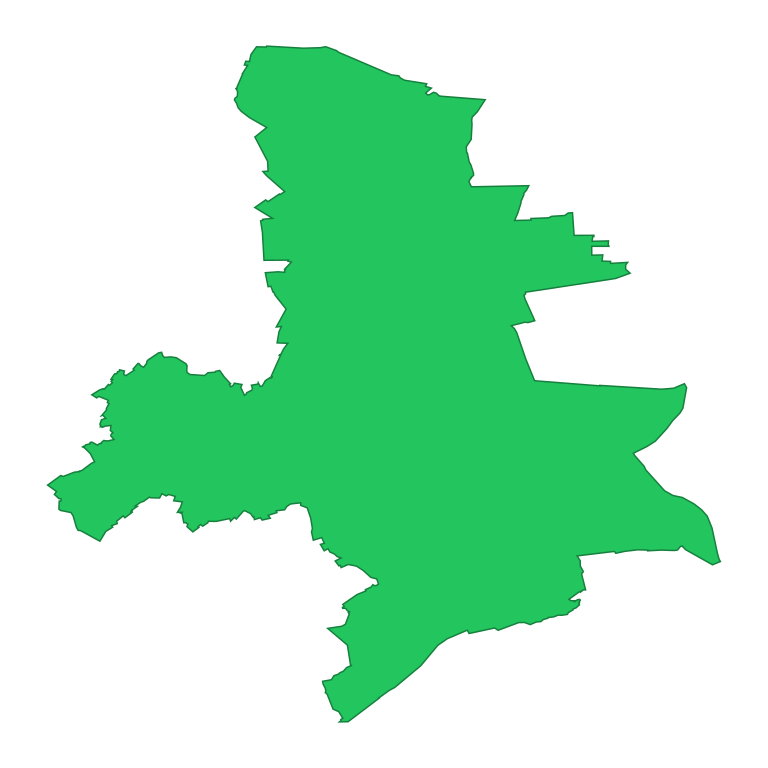 Leeuwarden, Friesland, Netherlands (Natural Earth projection)
{"feature_id": "6326949B93347001607369", "entity_name": "Leeuwarden", "entity_type": "district", "adm_level": 2, "iso_a3": "NLD", "parent_name": "Netherlands", "parent_adm1": "Friesland", "projection": "natural_earth1", "projection_center": [5.791, 53.17], "detail": "fine", "context": "isolated", "style": "filled", "palette": "green", "viewbox_px": 768, "rotation_deg": 0, "n_neighbors": 0, "source": "geoboundaries", "source_scale": "gbopen_adm2", "svg_char_len": 6041}
<svg xmlns="http://www.w3.org/2000/svg" viewBox="0 0 768 768"><path d="M561.5,615.3L567.5,614.4L568.3,612.6L573.0,609.9L573.1,609.0L576.0,607.9L579.5,604.8L579.0,603.6L579.5,602.6L579.0,602.2L580.3,600.3L579.8,599.4L577.5,599.7L574.7,601.5L574.8,600.7L571.2,600.8L568.9,599.3L578.3,592.5L580.2,591.5L580.5,592.1L583.5,589.8L585.6,589.9L581.8,574.8L581.9,573.1L583.2,572.1L583.1,571.1L580.3,566.1L580.2,560.7L577.1,555.9L613.7,551.5L614.6,551.6L615.8,553.3L625.0,551.3L637.9,549.8L648.0,550.1L647.8,550.8L661.2,550.1L674.2,550.5L677.6,550.0L680.2,546.7L682.1,546.0L685.5,549.6L712.5,564.8L720.4,561.5L719.1,559.2L717.5,553.6L712.0,528.0L707.2,516.1L701.5,509.7L694.0,503.9L682.4,497.5L673.0,495.5L664.6,490.8L645.8,469.9L644.2,466.4L634.4,455.2L633.4,453.2L646.8,446.6L655.3,441.2L667.0,428.4L672.7,420.6L680.0,413.0L682.9,408.2L686.6,387.7L684.4,383.7L673.8,388.2L661.6,389.2L600.0,385.4L600.2,385.9L535.4,380.8L534.5,380.5L525.7,358.8L516.8,332.8L514.5,328.7L511.3,325.7L525.0,322.2L527.9,322.6L534.8,320.7L525.0,298.9L524.0,295.3L525.5,294.0L525.6,292.2L615.5,278.5L630.1,273.2L625.7,269.3L625.6,265.2L627.6,262.4L610.5,263.4L610.6,261.4L602.0,261.1L602.8,254.9L591.8,255.2L591.7,246.3L608.9,246.3L608.2,244.2L608.5,240.9L592.1,241.3L592.7,236.8L593.9,236.6L593.9,235.3L574.1,235.4L572.5,212.7L568.2,213.0L564.7,215.5L551.8,216.3L548.6,217.8L530.9,218.5L531.0,220.1L514.6,220.5L517.8,213.1L520.9,203.3L520.9,201.7L523.9,194.7L524.0,193.0L526.4,190.4L528.8,185.7L471.4,186.8L469.0,181.8L469.9,179.4L471.5,177.8L471.1,177.3L473.5,175.5L473.6,173.6L470.9,164.9L469.2,161.9L467.4,153.1L466.7,152.9L466.2,146.9L471.2,139.4L472.0,124.6L471.7,120.1L472.2,117.1L477.4,111.7L485.2,99.7L440.8,96.2L439.1,95.8L436.2,93.1L433.5,92.3L429.4,94.7L427.5,94.9L425.7,93.0L431.4,88.1L425.5,86.4L426.7,83.8L404.4,80.2L400.4,78.0L398.8,75.8L391.4,74.9L338.6,52.3L336.7,50.7L325.7,46.7L320.4,47.7L303.4,48.2L266.7,46.1L266.4,47.0L256.5,46.8L251.0,54.4L249.6,60.7L248.9,61.2L250.2,61.7L245.8,61.2L244.4,65.0L247.6,65.4L242.3,73.8L242.6,74.1L237.0,87.1L237.2,88.0L235.9,88.5L237.5,91.2L237.5,94.3L237.1,96.6L235.0,98.2L234.4,99.8L236.5,103.2L238.2,107.8L241.2,111.3L249.6,117.7L266.7,127.5L254.9,137.0L267.6,161.3L268.1,171.1L262.9,171.5L266.4,175.5L284.7,191.6L280.1,194.6L279.4,194.0L268.0,201.6L265.7,199.9L254.8,207.5L272.5,218.3L262.9,219.3L263.1,219.9L260.6,220.9L262.4,232.1L264.0,260.3L288.3,260.1L287.8,261.1L291.4,262.1L284.7,269.1L285.4,269.4L284.6,270.7L284.7,272.3L278.0,271.8L265.3,272.7L268.1,286.7L270.9,286.3L273.0,292.0L273.6,291.9L275.3,295.5L286.1,309.1L276.3,327.0L281.4,326.5L279.0,331.7L277.1,342.9L287.8,343.3L283.6,348.9L280.9,354.2L279.5,354.9L279.3,355.3L280.6,355.2L271.2,376.3L272.2,376.6L271.7,377.7L270.1,378.3L269.8,377.7L265.3,380.7L262.2,386.1L260.1,386.3L258.2,382.7L257.9,384.1L251.4,385.2L252.5,388.7L251.7,390.3L246.8,392.6L246.0,394.3L244.4,395.3L240.8,387.4L242.0,384.5L234.3,383.2L233.0,385.6L230.7,386.8L229.4,384.4L230.6,383.8L224.4,377.1L219.7,370.5L215.5,371.3L214.9,372.2L208.0,372.7L204.6,375.5L189.9,374.5L187.2,372.5L186.7,370.6L187.1,365.8L186.0,363.8L176.3,357.7L170.9,356.9L164.4,357.4L162.8,355.7L161.6,352.3L158.7,352.8L148.1,359.9L147.0,361.2L146.6,363.4L143.6,367.3L140.8,365.8L138.9,363.5L137.9,363.5L133.1,369.0L134.2,370.2L126.0,375.6L124.1,374.7L123.7,373.7L124.4,371.0L119.6,369.8L119.2,371.3L117.5,371.8L116.8,373.6L114.6,373.9L111.3,378.8L111.0,379.3L112.6,379.6L111.1,381.3L112.4,382.7L109.6,385.3L108.4,384.5L104.2,389.2L103.1,388.7L99.3,390.1L91.8,394.8L96.7,397.9L98.8,396.4L108.4,400.3L107.3,402.6L109.0,403.4L106.3,408.7L106.6,409.8L101.7,415.6L102.8,415.2L105.8,418.3L101.5,419.7L99.9,424.2L100.5,425.1L100.3,426.8L101.8,426.4L102.2,427.4L105.3,426.1L111.0,425.5L110.3,430.5L112.9,432.7L111.1,434.3L110.8,435.9L114.0,439.5L107.6,441.0L103.7,440.5L101.4,442.5L101.3,443.4L99.6,443.6L97.4,445.1L91.9,442.1L90.1,442.5L90.3,443.7L85.6,444.9L84.4,446.7L83.8,446.2L82.6,446.9L84.6,447.9L90.3,453.6L94.6,461.8L91.3,463.4L81.8,470.5L79.4,471.1L79.5,471.6L74.3,472.2L63.1,476.5L60.8,475.5L47.6,485.1L56.5,491.5L54.4,494.4L58.9,498.6L61.1,498.8L61.0,501.0L59.2,501.1L58.9,509.2L60.4,510.4L71.1,512.6L73.2,516.1L76.4,527.2L78.1,530.4L80.5,530.6L99.9,541.2L105.8,531.4L112.7,527.2L111.7,525.6L117.3,523.6L116.6,521.3L123.2,515.9L124.9,517.8L132.0,512.4L131.0,511.9L132.3,510.9L131.6,510.3L137.3,506.4L135.2,506.0L140.7,502.3L143.7,501.3L149.3,497.2L150.9,497.8L159.6,498.0L161.9,493.7L166.1,495.9L168.8,494.5L175.2,496.4L173.7,500.8L182.3,501.9L180.4,507.4L177.4,512.4L181.9,512.3L181.1,513.1L181.9,513.1L183.8,522.8L185.4,522.6L187.9,524.1L186.9,526.6L192.9,531.9L198.8,527.5L198.0,526.9L200.6,524.5L202.6,526.2L207.7,522.9L208.4,521.3L216.2,521.4L229.6,518.6L230.6,521.2L234.3,517.5L236.3,519.1L243.4,511.1L244.8,510.7L250.6,513.6L253.2,517.2L253.9,516.9L254.4,519.6L260.4,517.7L262.1,520.1L270.3,518.2L268.2,515.3L276.9,512.6L276.1,510.8L284.7,509.8L286.8,506.5L290.4,504.0L300.7,502.8L300.7,505.4L307.2,507.8L310.7,518.2L312.4,528.6L311.5,531.9L313.3,540.2L321.7,537.6L324.3,543.3L320.4,544.4L324.2,550.8L328.0,548.7L330.0,552.1L334.3,553.9L337.2,556.6L341.0,558.0L335.2,561.0L338.9,565.9L340.3,565.3L341.1,567.6L348.2,564.5L356.5,566.1L363.4,570.6L370.8,577.4L376.7,578.9L378.5,584.0L376.4,585.5L374.3,585.6L372.9,584.7L371.0,587.1L365.4,589.6L365.9,591.0L357.1,594.5L342.8,604.4L344.2,606.4L342.4,607.5L342.6,608.3L345.8,608.4L347.3,610.7L349.4,611.9L348.3,612.6L349.3,613.9L345.4,624.2L342.0,626.2L327.7,628.4L347.4,645.1L350.6,665.4L352.0,665.3L346.7,667.5L343.2,671.3L340.1,672.6L338.3,674.2L333.9,675.7L331.5,679.7L322.6,681.3L323.2,684.3L325.3,688.3L325.8,691.3L325.3,692.6L327.1,694.1L333.1,709.2L338.7,711.6L342.8,718.3L340.8,719.5L340.9,720.8L339.5,721.9L348.1,721.7L379.2,698.1L378.8,697.9L389.6,690.2L394.7,687.5L420.9,665.6L437.8,645.3L447.3,638.7L467.3,630.2L469.1,633.5L494.6,628.0L498.1,630.3L518.7,622.6L524.5,622.5L530.2,624.6L536.3,622.0L540.9,621.6L543.4,619.5L547.8,618.3L548.2,617.5L553.7,616.9L558.3,615.1L561.5,615.3Z" fill="#22c55e" stroke="#15803d" stroke-width="1.5"/></svg>